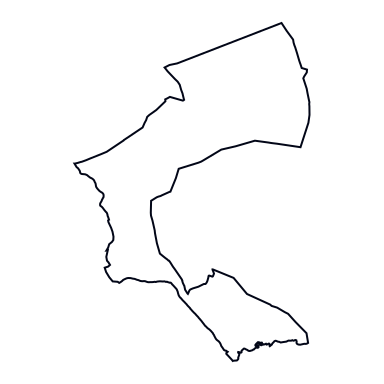 the district of Marquelia, Guerrero, Mexico
{"feature_id": "50627088B62824552173050", "entity_name": "Marquelia", "entity_type": "district", "adm_level": 2, "iso_a3": "MEX", "parent_name": "Mexico", "parent_adm1": "Guerrero", "projection": "mercator", "projection_center": [-98.747, 16.624], "detail": "fine", "context": "isolated", "style": "outline", "palette": "ink", "viewbox_px": 384, "rotation_deg": 0, "n_neighbors": 0, "source": "geoboundaries", "source_scale": "gbopen_adm2", "svg_char_len": 5943}
<svg xmlns="http://www.w3.org/2000/svg" viewBox="0 0 384 384"><path d="M286.7,30.9L281.5,23.0L177.2,63.4L169.5,65.0L164.6,67.5L167.6,71.3L174.8,78.9L177.4,81.4L177.9,82.0L179.2,84.0L179.7,84.7L181.2,90.0L182.5,93.4L183.2,96.4L183.5,97.6L183.8,98.9L184.1,99.8L183.4,100.4L182.8,100.6L169.9,96.9L167.6,98.2L165.8,99.1L165.2,99.4L165.4,101.0L165.4,101.3L156.3,110.0L149.4,114.9L147.2,116.9L146.1,120.2L144.7,122.7L142.6,127.5L123.8,140.1L123.7,140.4L106.7,151.8L101.2,154.1L90.4,158.4L86.1,160.2L85.0,160.6L81.7,161.8L80.6,162.0L79.4,162.4L78.3,162.7L78.2,162.8L74.8,163.6L74.5,163.6L76.6,167.1L78.2,168.4L78.9,169.6L79.6,170.5L79.9,171.4L80.2,172.8L80.6,173.4L81.1,173.7L81.8,174.0L85.1,174.3L86.4,174.8L87.2,175.2L88.2,176.1L90.3,177.7L91.5,178.2L92.6,178.9L93.5,179.7L94.0,180.3L94.3,180.9L94.6,181.7L95.0,182.5L95.4,183.1L95.6,183.7L96.0,186.2L96.4,187.3L97.5,188.8L98.4,189.8L99.4,190.9L100.2,191.5L101.1,192.1L102.0,192.6L102.5,193.0L103.0,193.6L103.4,194.2L103.6,195.0L103.6,196.4L103.4,197.5L102.8,198.2L102.4,199.2L102.0,199.8L101.6,201.0L100.3,203.2L100.1,204.0L100.1,204.9L100.2,205.6L100.8,206.1L101.9,206.9L103.1,208.3L104.0,209.6L105.9,211.9L106.6,212.5L107.1,213.5L107.5,214.8L107.6,215.8L108.2,217.2L109.0,219.7L108.6,219.9L108.1,220.5L108.5,222.3L111.1,227.8L112.5,231.7L113.5,236.7L113.3,240.0L112.0,241.9L109.2,244.2L108.2,247.5L106.5,250.4L107.8,250.1L107.4,251.9L106.3,256.9L107.0,260.7L108.5,262.4L110.0,264.9L108.1,266.6L104.7,267.7L106.1,272.0L109.3,277.3L112.7,281.4L117.7,281.8L118.7,282.5L119.2,282.9L119.7,282.6L120.3,282.3L120.9,281.9L122.1,281.0L122.6,280.5L123.1,280.0L124.2,279.4L126.4,278.4L127.5,278.1L128.6,278.0L130.6,278.1L131.5,278.3L132.6,278.6L134.7,278.9L137.0,279.8L138.0,280.0L139.1,280.4L140.2,280.9L141.2,281.1L142.3,281.2L144.4,281.1L145.1,281.2L147.3,282.0L148.3,282.2L152.4,282.1L153.6,282.0L154.4,281.8L155.3,281.9L155.6,282.0L156.2,281.9L157.0,281.6L157.8,281.5L159.8,281.3L161.6,281.4L162.8,281.5L164.1,281.4L164.7,281.4L165.6,281.8L166.1,281.9L166.5,281.9L166.9,281.7L167.8,282.1L168.4,282.3L169.4,282.6L169.5,282.7L169.8,282.7L170.0,282.6L170.7,282.7L171.2,283.1L171.7,283.7L172.0,284.2L173.2,285.4L176.2,288.7L176.8,289.5L177.1,290.3L177.7,291.7L178.0,293.1L178.5,294.7L178.8,295.6L179.3,296.3L179.7,297.0L180.3,297.7L180.9,298.1L181.2,298.6L181.9,299.3L182.3,299.9L184.9,302.5L185.4,303.1L186.6,304.3L187.4,305.4L190.1,308.2L190.2,308.6L191.2,309.6L191.9,310.5L193.8,312.5L194.1,312.8L195.3,313.9L195.8,314.5L196.3,315.1L198.3,317.2L198.6,317.7L199.1,318.3L199.9,319.1L200.4,319.8L201.1,320.5L202.3,322.1L204.4,324.8L204.9,325.6L206.0,326.5L206.8,327.4L207.1,327.7L208.0,328.5L209.2,329.3L210.9,330.9L212.1,332.3L212.6,332.9L213.0,333.3L213.2,333.8L213.3,334.2L213.7,334.7L214.1,335.2L214.3,335.9L215.8,338.7L216.6,339.7L217.3,340.3L218.0,340.8L218.9,341.5L219.9,342.8L220.5,343.9L221.4,346.2L222.6,347.8L223.0,348.5L223.4,349.0L223.9,349.9L224.3,350.1L225.0,350.5L225.4,350.6L225.8,350.6L226.0,350.7L226.0,350.8L227.7,351.8L227.0,352.5L226.7,352.5L226.4,352.9L226.3,353.3L226.3,353.7L226.4,354.0L227.8,355.4L230.5,358.3L231.8,359.7L232.8,361.0L233.5,360.7L236.6,360.5L237.0,360.4L237.6,359.8L238.2,359.1L238.3,358.8L238.3,358.3L238.2,357.8L238.6,356.5L239.2,355.0L239.3,354.5L239.3,353.9L239.1,353.6L238.6,353.3L238.2,352.5L238.1,352.3L238.2,352.0L239.0,352.1L240.6,352.7L241.3,352.5L241.6,352.1L241.5,351.1L241.6,350.8L242.0,350.3L242.9,349.5L243.6,348.8L243.9,348.6L244.4,348.6L244.8,348.7L245.4,349.1L247.4,350.0L248.4,350.8L249.8,351.0L252.5,350.2L253.4,349.5L254.0,349.4L254.7,348.5L256.9,347.3L257.4,347.7L257.8,347.8L258.5,347.3L258.5,347.0L258.5,346.1L257.6,345.5L257.0,344.9L256.1,345.7L256.2,346.1L255.7,346.0L255.4,345.6L255.4,344.9L256.0,344.1L257.9,342.2L258.6,342.2L258.5,343.4L259.2,344.0L260.0,343.8L260.1,343.4L260.0,343.0L260.0,342.8L261.4,342.6L261.9,342.7L261.9,343.2L262.3,343.9L262.1,344.0L261.6,344.2L260.4,344.9L261.0,345.2L261.6,345.2L261.9,345.0L262.7,344.5L263.3,344.2L263.8,344.6L265.3,344.0L266.0,343.7L266.1,343.8L266.1,344.3L266.7,344.6L267.4,344.3L268.5,343.7L268.9,343.6L269.3,343.7L269.7,344.2L269.8,344.5L269.5,345.6L269.5,345.8L269.8,346.2L271.9,344.5L272.0,344.2L272.2,343.7L272.5,343.3L273.8,342.0L274.3,341.3L275.3,340.8L275.6,340.8L275.9,340.8L278.1,341.7L279.2,341.8L280.7,342.5L283.0,342.1L286.4,341.6L287.8,340.9L288.5,340.6L291.0,340.7L292.4,340.2L293.3,340.7L293.8,340.7L295.0,340.1L295.3,340.0L295.9,340.2L296.3,340.3L296.5,341.1L296.7,341.8L296.5,342.6L296.6,343.2L297.1,343.9L297.8,344.3L298.8,344.6L300.3,344.7L303.8,343.9L304.6,343.8L305.6,343.9L306.3,343.8L307.2,343.5L308.1,342.9L306.5,333.2L295.6,322.1L288.1,313.8L284.9,312.2L277.1,307.6L271.6,305.9L270.2,304.6L247.0,294.0L233.6,277.9L212.8,269.4L212.5,269.4L212.5,269.8L212.8,270.3L213.3,271.7L214.0,273.6L213.9,273.9L212.9,276.3L212.5,276.6L212.2,276.6L210.9,276.1L209.3,275.6L209.0,275.6L208.7,275.8L208.5,276.2L208.4,277.3L207.4,280.9L206.9,282.0L206.6,282.6L205.7,283.8L205.3,284.0L204.0,284.0L203.6,284.1L198.4,286.7L196.8,287.2L195.1,287.7L192.9,288.4L191.2,289.1L190.2,289.6L189.7,290.1L189.2,290.9L188.4,292.9L187.9,293.9L187.4,293.4L185.1,289.7L184.3,285.8L184.1,285.6L182.8,282.8L182.2,280.7L182.3,280.6L181.8,279.4L180.5,277.5L174.8,269.2L172.9,266.6L170.6,262.9L169.6,261.4L169.0,260.7L168.6,260.7L167.1,259.3L165.7,258.3L163.3,256.4L159.9,253.6L156.9,243.2L155.0,233.2L154.7,230.4L152.5,220.7L151.0,215.6L150.8,212.8L151.1,200.8L156.7,197.3L158.4,196.6L160.6,196.0L161.7,195.4L169.7,191.8L170.4,191.7L175.9,178.1L178.7,168.8L198.4,162.7L201.2,161.6L203.1,160.5L221.3,149.6L235.6,146.3L254.9,140.7L268.2,142.5L271.2,143.0L272.7,143.2L276.9,143.7L300.5,147.2L308.4,122.8L309.5,115.0L309.4,106.2L309.2,104.1L309.4,102.0L309.2,101.4L307.5,93.1L306.7,88.7L303.3,78.3L304.2,76.4L305.9,73.8L306.8,72.4L307.0,69.6L301.7,68.0L300.4,64.0L300.1,63.3L299.2,60.6L297.1,53.4L295.2,47.3L294.4,45.3L293.6,42.7L293.1,39.6L286.7,30.9Z" fill="none" stroke="#020617" stroke-width="2"/></svg>